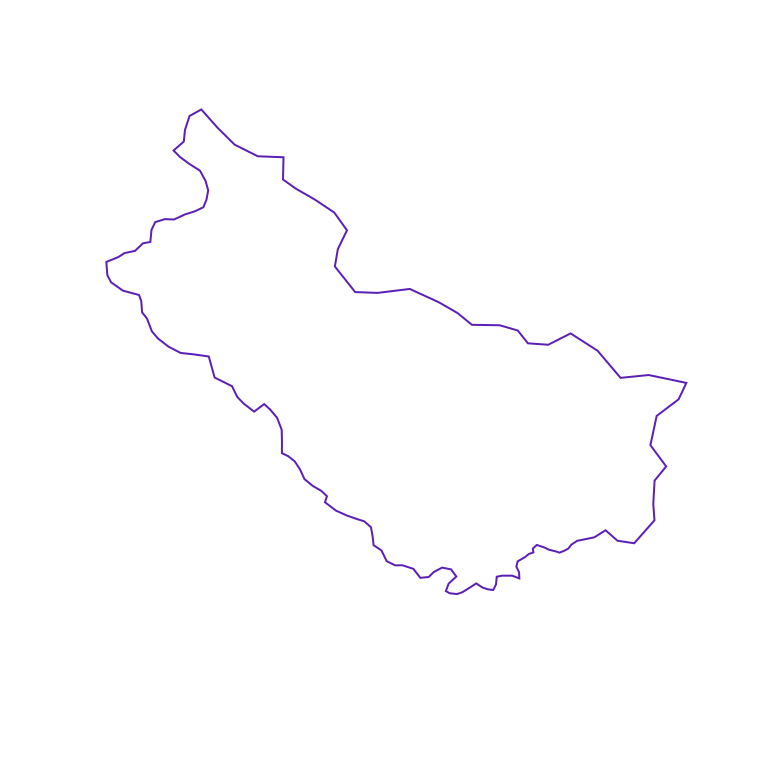 the district of Lefkosia, Nicosia, Cyprus, rotated 210°
{"feature_id": "46923920B2904001069887", "entity_name": "Lefkosia", "entity_type": "district", "adm_level": 2, "iso_a3": "CYP", "parent_name": "Cyprus", "parent_adm1": "Nicosia", "projection": "robinson", "projection_center": [33.406, 35.18], "detail": "fine", "context": "isolated", "style": "outline", "palette": "violet", "viewbox_px": 768, "rotation_deg": 210, "n_neighbors": 0, "source": "geoboundaries", "source_scale": "gbopen_adm2", "svg_char_len": 1901}
<svg xmlns="http://www.w3.org/2000/svg" viewBox="0 0 768 768"><g transform="rotate(210 384 384)"><path d="M87.7,371.2L81.6,401.2L90.8,414.7L101.4,435.7L98.4,453.7L122.7,464.2L131.9,492.7L126.0,506.7L121.2,518.1L122.7,536.1L159.3,524.1L182.2,507.6L215.7,519.6L247.7,521.1L261.4,500.1L279.7,491.2L294.9,497.2L313.2,492.7L337.5,479.2L355.8,482.2L377.2,482.2L409.2,479.2L435.1,459.7L454.9,449.2L485.3,461.2L491.4,477.7L492.9,498.6L512.8,507.6L535.6,509.1L558.5,509.1L573.7,510.6L584.4,530.1L607.2,518.1L633.1,516.6L656.0,522.6L679.5,530.4L686.4,518.9L683.4,504.5L678.6,493.9L683.0,481.0L674.3,478.6L663.1,477.3L650.0,476.7L640.0,470.6L633.1,463.8L630.0,455.2L628.8,446.7L634.4,438.7L641.2,431.3L648.1,421.5L656.2,417.2L663.1,409.8L662.4,401.2L657.4,390.2L663.1,385.3L666.2,374.8L674.3,367.5L677.4,361.3L685.5,350.9L678.0,339.9L671.2,335.6L656.8,334.3L640.6,338.6L635.6,334.3L629.3,325.1L621.9,322.1L611.3,313.5L602.5,310.4L589.4,308.6L575.7,309.2L563.2,314.7L549.5,320.2L533.9,304.9L514.5,306.1L504.6,299.4L495.8,296.9L482.7,295.1L477.7,306.7L469.6,304.9L459.6,301.2L449.7,293.2L443.4,282.8L437.8,273.0L430.9,273.6L422.8,272.4L414.1,268.1L405.4,261.9L394.8,260.1L384.8,260.1L377.3,258.3L376.0,252.1L362.3,250.3L350.5,251.5L340.5,253.4L332.4,255.2L323.6,253.4L317.4,246.0L312.4,239.2L303.0,238.6L293.1,231.9L283.7,232.5L277.5,236.2L266.2,238.6L255.6,234.3L248.8,239.2L246.9,246.0L241.9,254.0L233.2,257.0L225.1,253.4L228.2,243.5L226.9,235.6L222.6,235.6L215.7,238.6L212.0,242.9L207.2,251.9L204.4,257.4L196.8,257.0L191.2,258.2L186.4,260.2L186.8,266.4L190.0,273.5L186.0,277.0L177.2,282.1L169.6,283.3L172.8,288.4L178.0,292.0L179.6,297.1L175.2,304.9L173.6,309.2L170.4,312.8L172.8,315.9L171.2,321.0L163.3,322.6L158.1,323.0L151.7,324.9L147.7,325.7L144.5,329.7L142.1,333.6L141.4,338.6L138.3,344.8L131.8,350.5L125.2,356.4L119.0,368.1L103.4,365.0L87.7,371.2Z" fill="none" stroke="#5b21b6" stroke-width="2"/></g></svg>